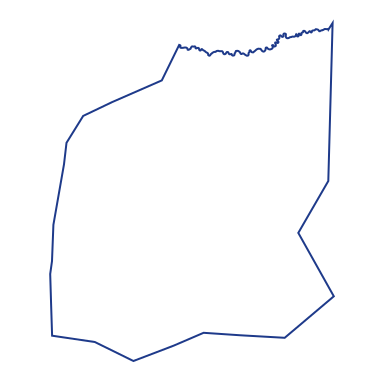 the district of Tu'mencogt, Sühbaatar, Mongolia
{"feature_id": "93677404B61124840987439", "entity_name": "Tu'mencogt", "entity_type": "district", "adm_level": 2, "iso_a3": "MNG", "parent_name": "Mongolia", "parent_adm1": "Sühbaatar", "projection": "albers", "projection_center": [112.543, 47.569], "detail": "fine", "context": "isolated", "style": "outline", "palette": "blue", "viewbox_px": 384, "rotation_deg": 0, "n_neighbors": 0, "source": "geoboundaries", "source_scale": "gbopen_adm2", "svg_char_len": 4503}
<svg xmlns="http://www.w3.org/2000/svg" viewBox="0 0 384 384"><path d="M52.1,335.7L94.8,342.0L133.4,361.0L173.8,345.6L203.6,332.8L240.7,335.3L284.7,337.8L333.8,296.3L298.3,232.9L328.3,181.0L332.6,23.0L328.4,29.6L328.3,29.3L327.9,29.0L327.6,29.1L326.2,29.1L325.1,29.0L324.4,29.1L323.9,29.5L323.5,29.8L323.0,30.0L322.7,30.0L322.4,30.1L322.2,30.3L321.8,30.3L321.5,30.3L321.2,30.5L320.4,30.8L319.9,31.2L319.6,31.2L319.3,31.2L318.8,30.6L318.3,29.9L317.8,29.6L317.0,29.4L316.5,29.3L316.1,29.2L315.8,29.2L315.3,29.6L314.8,30.1L314.5,30.3L314.2,30.4L313.5,30.4L312.8,30.5L312.3,30.7L312.1,30.9L311.9,31.2L311.9,31.7L311.8,32.0L311.4,32.4L310.8,32.3L310.4,31.7L310.1,31.4L309.9,31.3L309.6,31.2L309.4,31.3L307.9,32.8L307.4,33.1L306.8,33.1L306.2,32.8L305.7,32.3L305.4,31.7L304.8,31.1L304.4,30.9L303.9,30.9L303.5,30.9L303.2,31.1L303.2,31.6L303.1,32.0L302.7,32.4L302.3,32.4L301.9,32.7L301.5,33.0L301.5,33.6L301.5,34.2L301.4,34.6L301.2,34.9L300.9,35.1L300.6,35.1L300.1,34.8L300.0,34.3L299.6,33.9L299.3,33.7L298.9,33.7L298.7,33.9L298.5,34.1L298.4,34.5L298.5,34.7L298.5,35.0L298.6,35.5L298.6,35.9L298.3,36.3L297.9,36.4L297.3,36.4L297.0,36.1L296.6,35.8L296.4,35.2L296.4,34.9L296.4,34.6L296.3,34.4L296.2,34.3L296.0,34.6L296.0,35.0L295.9,35.4L295.5,35.9L295.0,36.4L294.5,36.6L293.8,36.7L292.8,36.6L292.4,36.6L292.0,36.7L291.5,37.0L290.9,37.1L290.4,37.1L290.1,37.2L289.8,37.3L289.1,37.8L288.5,38.1L287.6,38.2L287.1,38.2L286.5,37.9L286.2,37.6L286.0,37.2L285.8,36.6L285.8,35.9L285.8,34.8L285.9,34.3L285.7,33.9L285.3,33.7L284.7,33.5L284.3,33.5L284.0,33.6L283.7,33.8L283.5,34.2L283.3,34.8L283.4,35.4L283.5,35.9L283.3,36.5L282.9,36.7L282.4,36.9L281.9,36.7L281.5,36.4L281.1,35.9L280.8,35.6L280.5,35.4L280.0,35.5L279.6,35.6L279.4,35.8L279.2,36.1L279.1,36.6L279.2,37.0L279.3,37.3L279.4,37.7L279.3,38.2L279.1,38.6L278.7,39.1L278.2,39.3L277.6,39.4L277.1,39.6L276.9,39.7L276.9,40.0L277.2,40.5L277.7,40.8L278.1,41.3L278.4,41.8L278.4,42.4L278.1,42.8L277.6,43.0L277.1,42.8L276.6,42.6L276.1,42.4L275.7,42.4L275.3,42.5L275.1,42.9L275.2,43.4L275.5,44.0L275.8,44.7L275.8,45.4L275.7,45.9L275.3,46.2L274.7,46.5L274.2,46.5L273.9,46.4L273.5,45.7L273.2,45.2L272.8,45.1L272.5,45.1L272.3,45.2L272.1,45.4L272.1,45.5L272.5,46.2L272.7,46.6L272.7,47.5L272.4,48.3L271.7,48.9L270.9,49.2L270.3,49.4L269.3,49.4L268.4,49.0L267.9,48.7L267.5,48.2L267.1,47.7L266.7,47.5L266.3,47.5L265.9,47.7L265.7,48.0L265.6,48.6L265.6,49.4L265.3,50.2L264.7,51.0L264.3,51.4L263.8,51.5L263.3,51.6L262.7,51.3L262.3,51.1L261.7,50.4L260.9,49.4L260.7,49.0L260.2,48.8L259.3,48.8L258.2,48.7L257.6,49.0L256.8,49.3L256.4,49.6L255.5,50.4L254.6,51.2L253.8,51.8L253.3,52.3L252.3,52.3L251.6,52.1L251.2,51.6L250.9,51.1L250.7,50.6L250.4,50.3L250.1,50.3L249.8,50.4L249.6,50.6L249.5,50.8L249.5,51.7L249.3,52.1L249.1,52.4L248.8,52.7L248.6,53.1L248.5,53.8L248.6,54.7L248.4,55.1L248.2,55.3L247.9,55.6L247.2,55.7L246.8,55.7L245.9,55.2L245.2,54.8L244.5,54.2L243.8,53.7L243.1,53.4L242.8,53.4L242.0,53.8L241.6,54.0L241.2,54.0L240.8,53.8L240.4,53.3L240.3,52.8L240.1,52.5L239.7,52.0L239.2,51.6L238.3,51.0L237.2,50.8L236.0,51.0L235.6,51.7L235.4,52.5L235.0,53.0L234.8,53.2L234.6,53.7L234.5,54.6L234.3,55.1L233.8,55.5L233.2,55.5L232.5,55.5L231.9,55.0L231.8,54.5L231.6,54.1L231.4,54.0L231.0,54.1L230.4,54.2L229.9,54.3L229.3,54.1L228.8,53.7L228.5,52.8L228.1,52.2L227.7,52.1L227.2,52.0L226.8,52.1L226.5,52.4L226.1,53.0L225.8,53.6L225.3,54.0L224.8,54.2L224.2,54.2L223.5,53.7L223.2,53.1L222.9,52.1L222.6,51.7L222.3,51.3L221.8,51.2L221.0,51.2L220.2,51.2L219.7,51.2L219.1,51.1L218.2,50.8L217.1,50.9L216.4,51.1L216.1,51.4L215.7,51.8L215.3,51.9L214.4,51.9L213.7,52.1L213.0,52.5L212.4,52.8L212.0,53.3L211.3,53.8L210.9,54.1L210.4,54.9L209.9,55.5L209.2,55.7L208.2,55.0L208.1,53.8L207.7,53.2L207.5,52.9L206.7,52.6L206.1,52.2L205.5,51.8L205.0,51.2L204.2,50.7L203.3,50.3L202.6,49.7L202.1,49.2L201.8,49.1L201.6,49.1L201.3,49.3L201.1,49.8L200.8,50.3L200.4,50.5L200.0,50.5L199.6,50.3L199.2,49.7L199.0,48.8L198.8,48.2L198.2,47.9L197.9,47.9L197.2,48.0L196.7,48.2L196.4,48.4L195.9,48.4L195.5,48.0L195.5,47.4L195.4,46.9L195.2,46.6L194.7,46.4L194.1,46.5L193.5,46.6L192.8,46.5L192.2,46.4L191.9,46.5L191.6,46.8L191.1,47.4L190.5,48.8L189.7,49.2L189.1,49.5L188.7,49.8L188.2,49.8L187.7,49.7L187.5,49.0L187.3,48.4L186.9,48.0L186.4,47.7L185.8,47.5L184.6,47.5L183.2,47.8L181.8,47.9L180.8,47.8L180.3,47.5L180.2,47.0L180.3,46.5L180.5,46.0L180.3,45.4L179.8,45.1L179.2,44.9L161.8,80.4L112.1,102.1L83.2,115.9L66.5,142.8L64.0,164.3L53.4,224.8L52.0,261.1L50.2,274.0L51.1,304.3L52.1,335.7Z" fill="none" stroke="#1e3a8a" stroke-width="2"/></svg>